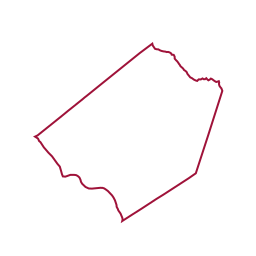 outline of Brejo, Maranhão, Brazil, rotated 115°
{"feature_id": "56859067B28749086860220", "entity_name": "Brejo", "entity_type": "district", "adm_level": 2, "iso_a3": "BRA", "parent_name": "Brazil", "parent_adm1": "Maranhão", "projection": "mercator", "projection_center": [-42.859, -3.707], "detail": "fine", "context": "isolated", "style": "outline", "palette": "rose", "viewbox_px": 256, "rotation_deg": 115, "n_neighbors": 0, "source": "geoboundaries", "source_scale": "gbopen_adm2", "svg_char_len": 1490}
<svg xmlns="http://www.w3.org/2000/svg" viewBox="0 0 256 256"><g transform="rotate(115 128 128)"><path d="M41.3,141.6L55.1,149.0L99.1,170.6L111.6,176.7L116.7,179.2L118.8,180.3L120.4,181.0L133.0,187.2L138.0,189.7L145.3,193.2L168.0,204.4L172.9,206.8L175.1,208.6L175.6,205.1L177.4,203.0L177.8,201.4L181.1,196.1L184.0,189.7L185.8,184.8L190.2,177.0L191.8,173.5L195.9,169.9L197.7,168.4L199.4,166.6L198.6,164.3L197.4,163.0L194.8,160.4L193.0,156.4L192.6,154.8L192.8,153.0L193.4,151.1L195.0,149.2L196.6,147.9L197.9,146.0L199.4,141.6L199.4,138.0L198.2,135.1L193.9,127.8L193.0,125.7L192.8,124.0L193.1,122.1L193.6,119.6L195.8,114.0L197.1,111.8L199.1,109.2L202.6,105.9L204.2,105.0L205.7,103.0L206.8,101.9L208.7,98.6L211.8,95.2L213.2,94.2L214.7,93.9L204.1,87.2L195.2,81.5L180.2,72.2L173.5,67.8L147.8,51.7L140.4,47.4L100.3,52.3L54.5,58.2L53.5,59.2L52.6,60.1L52.1,61.3L51.1,63.0L49.6,64.2L48.2,64.6L47.2,65.5L48.2,66.5L49.0,67.5L48.9,68.8L48.6,70.6L48.2,72.3L48.2,73.8L49.5,74.3L50.8,75.3L50.4,76.8L49.8,78.1L51.2,78.8L51.8,80.0L51.6,81.4L53.2,82.5L54.1,84.5L56.1,85.2L56.3,86.7L56.3,88.7L55.8,91.2L55.8,93.0L55.0,94.6L53.9,96.9L52.5,98.5L52.0,100.0L51.7,101.9L50.9,103.0L50.4,104.5L49.8,106.6L49.0,107.6L48.4,108.8L47.7,109.9L46.8,111.5L46.3,113.0L45.4,115.0L43.6,115.9L42.4,117.5L43.1,119.4L42.2,120.3L41.9,122.2L42.1,123.8L42.8,125.0L43.0,126.5L43.6,128.3L44.0,130.3L44.1,131.9L43.9,133.7L44.5,135.2L44.8,137.0L43.9,138.5L42.8,140.4L41.3,141.6Z" fill="none" stroke="#9f1239" stroke-width="2"/></g></svg>